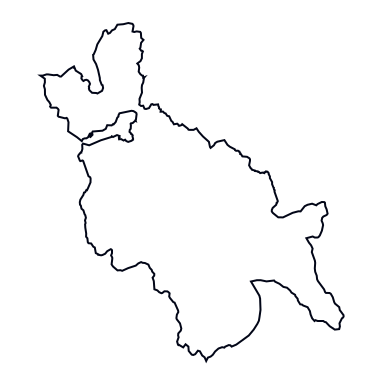 the district of Solok, Sumatera Barat, Indonesia
{"feature_id": "22746128B59065860162276", "entity_name": "Solok", "entity_type": "district", "adm_level": 2, "iso_a3": "IDN", "parent_name": "Indonesia", "parent_adm1": "Sumatera Barat", "projection": "natural_earth1", "projection_center": [100.733, -0.928], "detail": "fine", "context": "isolated", "style": "outline", "palette": "ink", "viewbox_px": 384, "rotation_deg": 0, "n_neighbors": 0, "source": "geoboundaries", "source_scale": "gbopen_adm2", "svg_char_len": 5904}
<svg xmlns="http://www.w3.org/2000/svg" viewBox="0 0 384 384"><path d="M74.0,66.4L68.6,69.6L61.1,76.5L59.9,76.5L57.2,74.9L53.7,75.2L48.1,74.4L46.5,74.4L42.8,75.6L40.4,75.6L44.8,78.7L44.9,82.4L43.9,85.9L44.9,89.2L45.0,94.8L47.4,99.9L49.3,102.1L50.8,105.0L50.1,106.6L51.1,107.7L56.6,107.7L58.1,109.0L58.6,109.9L57.8,115.8L58.6,116.7L65.0,118.3L66.6,117.9L67.3,118.6L68.5,122.2L68.1,131.3L77.0,137.2L81.8,141.1L82.8,139.1L84.5,138.4L86.5,138.3L88.1,137.2L89.8,133.7L90.6,133.4L91.0,133.5L91.0,134.0L89.8,136.0L89.9,136.7L90.4,137.0L92.5,134.8L92.1,132.6L92.7,131.5L102.5,130.7L105.8,128.8L107.2,125.2L111.7,125.4L113.1,124.1L113.6,124.4L115.7,122.0L117.3,117.6L118.4,116.6L118.5,115.2L119.5,113.3L131.5,110.8L133.5,111.1L135.1,112.1L136.3,113.0L136.6,114.2L135.9,119.8L135.4,120.2L135.7,121.0L135.2,120.8L132.6,123.1L131.0,123.3L130.6,123.8L130.9,125.5L130.7,128.8L129.8,129.8L129.5,131.9L130.9,133.2L131.0,133.9L132.1,134.4L132.7,135.4L132.4,135.9L133.1,138.9L132.7,139.4L132.9,139.8L131.5,140.8L128.2,141.9L126.3,141.1L125.1,139.7L123.6,140.5L121.1,139.1L119.1,139.3L118.9,137.7L119.6,137.1L119.2,136.6L119.5,136.0L117.0,135.1L113.0,137.0L111.8,136.3L111.4,137.0L100.8,140.3L89.2,145.3L83.1,143.6L82.2,144.8L82.4,148.9L81.7,151.4L80.6,152.6L82.3,152.6L80.7,152.6L78.4,155.3L78.1,156.3L79.8,160.5L80.3,161.1L82.6,160.5L83.2,161.0L88.5,176.2L90.2,177.3L90.6,178.6L90.5,182.4L87.9,188.4L87.0,190.2L86.4,190.0L85.1,192.3L84.0,192.6L83.4,194.9L80.4,199.6L79.8,202.1L80.0,204.7L80.8,205.5L81.5,208.7L83.4,210.3L84.6,214.2L85.3,215.2L85.9,217.8L85.0,220.4L85.6,223.0L85.1,224.3L85.3,227.6L86.2,233.5L86.1,236.7L87.4,238.3L87.8,242.1L88.5,243.2L91.2,243.5L93.3,246.7L94.8,247.5L95.8,253.1L98.4,254.4L98.3,254.8L101.1,255.3L102.5,255.0L105.2,253.7L107.2,251.2L110.7,249.2L111.3,249.4L112.0,250.2L112.0,253.2L111.1,255.4L112.2,257.4L112.3,258.6L111.6,264.4L113.0,266.5L117.5,270.4L120.4,270.2L122.2,270.8L128.2,268.1L135.8,265.6L138.3,263.4L141.1,262.1L142.6,262.8L144.9,263.0L148.4,264.6L149.8,267.9L151.7,269.9L152.2,271.6L154.3,273.9L154.2,275.6L152.6,277.7L153.8,281.1L154.4,289.3L157.4,290.4L159.2,292.2L161.4,293.2L162.3,293.0L164.4,291.3L167.4,291.4L168.3,292.0L169.6,293.3L169.2,296.5L169.9,297.9L173.3,302.1L174.6,302.6L178.1,310.5L178.3,312.1L176.9,314.6L176.4,318.1L176.8,319.3L180.0,323.4L181.3,328.5L180.8,330.6L178.3,333.4L178.1,335.4L178.6,337.3L177.1,341.6L178.0,344.7L178.4,345.1L178.9,344.8L183.2,347.4L185.6,344.3L188.4,346.6L188.7,350.9L191.7,354.6L193.2,355.0L195.2,354.2L197.9,350.7L199.9,351.3L202.2,355.5L204.6,357.3L206.2,361.0L207.9,357.6L210.6,356.6L212.8,354.8L215.1,351.5L218.5,348.5L222.1,347.2L224.4,347.6L225.1,346.7L228.7,345.1L230.4,345.3L231.6,346.6L236.3,344.6L248.8,335.5L253.7,329.6L257.4,323.8L258.9,320.7L259.5,317.1L260.5,309.9L260.1,298.6L259.4,295.7L251.0,281.5L256.9,280.2L260.7,280.2L266.5,281.4L274.1,280.5L275.1,281.7L279.5,283.8L283.4,286.9L287.0,287.7L290.1,290.5L291.5,292.6L295.1,294.8L295.4,296.1L297.6,298.7L297.9,300.5L300.2,304.3L302.1,304.6L303.1,305.5L307.6,307.2L309.9,311.1L310.6,314.5L312.2,318.4L314.5,321.0L315.4,320.2L317.7,321.0L323.3,321.0L324.5,321.9L325.9,322.2L329.7,326.2L334.8,329.6L339.2,329.1L339.9,326.5L339.5,323.3L341.9,318.4L343.1,317.5L343.6,316.5L343.5,315.1L339.8,310.1L339.2,307.1L335.0,303.6L334.2,302.1L332.8,297.3L330.8,293.8L329.6,293.0L325.9,292.9L325.1,292.1L324.1,289.4L317.9,281.0L317.1,279.3L316.7,275.6L315.2,271.8L314.8,268.4L315.2,262.9L314.9,260.7L311.8,252.1L312.6,248.6L311.1,245.3L309.0,242.7L306.4,238.2L312.7,236.5L314.7,237.5L317.4,237.5L318.4,237.2L319.8,235.5L321.9,230.7L323.1,225.1L322.7,223.2L321.6,220.7L322.2,217.8L323.4,216.5L326.6,215.0L327.6,213.7L326.6,209.3L325.3,206.3L324.9,202.6L324.3,202.1L321.8,202.0L317.5,204.1L316.3,205.3L312.1,203.7L307.5,204.8L304.7,206.2L300.6,211.4L298.4,211.3L292.7,212.8L283.0,217.4L278.2,217.3L272.9,213.0L271.8,211.5L271.8,210.0L272.7,207.9L276.2,204.8L276.6,202.9L277.0,202.9L277.8,201.1L274.5,191.7L274.7,190.2L274.1,189.8L273.7,188.1L274.5,188.2L273.5,187.6L272.1,184.2L272.1,182.1L269.9,178.1L269.9,176.4L268.7,174.2L268.7,173.2L267.5,171.7L266.0,171.4L265.7,172.1L264.5,172.2L264.3,173.1L262.4,172.6L260.2,173.1L259.0,172.0L258.2,172.0L257.9,171.4L255.0,171.0L255.0,170.6L251.9,169.7L251.4,168.6L250.7,168.3L249.1,165.3L250.0,160.8L250.0,159.3L249.4,158.3L247.0,156.8L242.4,156.4L241.0,154.2L240.2,154.0L240.3,153.1L239.5,152.4L239.5,151.6L237.9,150.7L236.1,150.8L235.0,150.1L234.8,149.3L229.8,146.7L227.5,144.9L224.4,140.1L217.3,141.7L215.2,143.0L213.9,145.3L210.6,147.9L210.0,147.0L208.9,141.8L203.0,136.5L198.7,131.7L196.5,128.3L193.5,129.9L189.8,129.9L188.5,129.7L187.8,128.6L182.2,124.2L181.7,125.0L179.5,125.8L178.7,125.7L178.4,124.7L177.2,123.7L173.9,124.3L172.5,121.8L171.3,120.9L169.2,116.3L167.2,115.8L165.6,113.4L164.4,113.1L163.0,111.6L160.6,111.7L160.9,109.5L160.3,109.5L159.0,108.3L159.1,107.3L158.4,106.1L158.1,104.4L153.4,104.9L152.6,104.1L151.3,104.3L149.0,108.1L146.0,109.0L144.5,108.7L143.2,105.7L141.1,106.0L139.2,104.6L139.7,102.2L139.5,98.9L142.0,92.6L141.7,87.9L142.0,85.1L143.2,82.6L144.0,77.8L144.5,77.2L143.2,77.7L143.0,75.7L142.1,75.6L140.3,74.1L138.7,71.7L139.2,67.6L138.8,65.3L137.3,63.5L140.5,61.1L141.9,58.3L141.9,54.0L142.9,51.4L141.9,50.7L141.3,50.8L139.7,48.7L140.4,47.7L141.1,42.8L143.5,39.9L141.2,37.9L140.9,33.0L140.2,31.9L136.7,31.4L134.2,32.0L132.5,31.5L133.5,26.2L133.4,25.3L132.5,23.9L128.2,23.0L123.4,24.2L117.4,24.7L114.8,29.1L112.0,30.4L110.0,32.9L108.2,33.7L106.4,30.2L105.2,30.3L103.4,31.7L102.3,36.1L97.3,44.4L95.7,49.9L93.7,54.4L93.1,54.8L93.5,59.5L96.1,64.1L98.0,69.8L99.8,77.9L99.9,80.1L101.7,84.8L102.6,85.2L103.1,88.0L102.1,90.8L97.4,93.5L96.3,93.0L92.1,92.8L89.5,90.3L88.9,88.7L89.2,87.9L88.8,86.7L90.0,83.9L89.3,82.1L87.9,80.4L86.5,79.8L85.0,80.0L83.5,81.0L82.7,80.4L81.4,78.5L81.6,76.7L82.2,76.4L81.2,74.1L75.7,70.6L74.9,68.5L74.0,67.9L74.5,67.6L74.0,66.4Z" fill="none" stroke="#020617" stroke-width="2"/></svg>